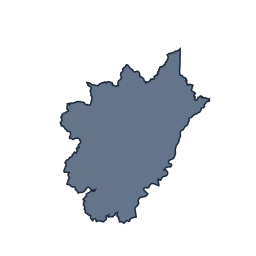 the district of Paranã, Tocantins, Brazil, rotated 219°
{"feature_id": "56859067B79716917554970", "entity_name": "Paranã", "entity_type": "district", "adm_level": 2, "iso_a3": "BRA", "parent_name": "Brazil", "parent_adm1": "Tocantins", "projection": "natural_earth1", "projection_center": [-47.802, -12.753], "detail": "fine", "context": "isolated", "style": "filled", "palette": "slate", "viewbox_px": 256, "rotation_deg": 219, "n_neighbors": 0, "source": "geoboundaries", "source_scale": "gbopen_adm2", "svg_char_len": 5780}
<svg xmlns="http://www.w3.org/2000/svg" viewBox="0 0 256 256"><g transform="rotate(219 128 128)"><path d="M181.1,87.8L180.2,88.3L178.0,88.4L176.5,87.7L174.9,87.9L173.1,87.2L171.1,88.5L169.1,87.7L167.9,85.6L167.8,84.2L166.8,83.2L165.4,84.3L163.5,84.4L162.3,87.1L160.3,88.8L158.1,88.8L157.6,88.0L156.5,87.9L155.6,86.8L155.9,84.0L155.6,83.1L153.7,82.2L154.0,81.6L154.8,81.8L155.2,80.9L155.0,79.4L154.0,78.9L153.2,78.9L152.8,78.0L153.2,77.9L152.5,75.9L152.9,75.6L154.4,75.7L154.5,75.2L154.2,74.8L154.4,74.0L154.2,72.7L154.5,72.2L153.8,71.4L153.6,70.4L154.4,69.1L154.3,68.1L154.7,68.0L154.5,67.2L154.7,65.4L155.5,64.6L155.1,61.3L153.6,61.2L152.9,60.3L152.3,59.2L152.3,58.6L151.5,56.7L151.3,55.2L150.2,53.7L149.8,53.5L147.4,55.4L145.6,56.4L145.4,54.0L142.5,52.4L141.4,49.1L140.6,47.9L140.6,46.7L140.1,45.9L139.3,46.1L137.8,47.1L136.1,46.8L133.8,47.3L132.8,48.5L132.0,48.7L131.3,48.4L130.4,47.2L128.0,47.0L125.9,46.1L125.6,46.3L125.2,47.3L123.1,49.0L122.3,50.7L122.0,54.6L122.3,55.6L121.6,56.9L120.2,57.4L118.5,56.9L117.2,57.0L115.0,58.5L114.6,59.7L114.4,59.0L114.7,57.2L116.5,56.4L117.3,55.6L117.5,53.7L118.8,50.7L118.3,49.7L117.5,49.2L118.0,46.7L117.8,45.6L118.2,44.4L117.5,44.0L116.3,44.4L115.9,44.2L115.5,43.9L115.8,43.1L115.5,41.9L115.1,41.7L114.2,40.1L113.4,40.3L111.9,39.1L111.5,39.1L111.1,38.5L111.2,38.0L111.0,37.4L109.7,37.4L109.0,36.2L107.7,35.3L106.5,35.4L106.3,35.8L104.8,35.8L104.4,35.5L104.0,35.8L103.2,35.7L102.1,36.5L100.2,34.3L98.8,34.2L97.2,33.6L97.0,34.1L97.4,34.3L97.3,35.4L96.7,36.8L95.1,36.7L94.3,35.5L93.4,35.6L92.7,37.1L91.9,38.0L91.2,38.4L90.5,38.3L89.7,39.1L88.5,39.3L87.9,39.9L87.9,41.8L87.3,43.1L87.5,43.8L88.3,44.3L89.6,45.8L88.3,48.2L88.2,46.8L87.9,46.4L87.1,46.4L86.6,47.4L85.4,48.4L84.2,49.1L83.8,49.8L84.0,50.8L83.4,52.3L83.4,52.8L83.9,53.5L83.9,54.5L83.0,55.8L82.7,55.0L81.7,53.7L81.4,52.7L79.0,52.7L78.4,51.6L76.3,50.7L75.7,49.7L73.6,51.2L72.2,51.6L71.5,51.2L71.0,52.3L71.1,53.5L70.3,55.7L69.9,56.0L69.1,55.7L68.4,56.0L68.3,57.0L69.0,58.1L68.2,60.9L65.6,64.0L72.0,69.8L72.2,70.7L71.9,73.6L72.2,75.8L72.7,76.7L74.3,77.8L75.0,79.7L74.9,81.0L74.4,82.1L71.4,86.0L71.0,87.5L71.2,89.3L76.6,89.7L77.4,90.4L77.5,91.5L77.1,92.6L75.0,93.8L74.4,94.6L75.1,97.5L75.0,99.0L74.5,100.0L72.5,101.2L67.8,102.5L68.3,103.4L72.2,106.6L72.4,107.1L71.8,107.6L70.5,107.4L70.0,107.7L69.8,108.5L70.3,110.5L70.3,112.1L68.2,114.9L68.0,115.7L68.6,117.8L69.5,118.6L71.3,119.1L72.8,119.1L73.4,118.1L73.7,118.6L73.7,120.1L73.2,121.8L72.1,123.3L70.7,124.2L70.4,125.1L70.5,126.3L71.1,127.1L71.7,127.2L73.1,126.3L73.6,126.4L75.3,127.1L75.6,127.5L75.5,129.0L73.7,132.6L73.8,134.7L75.0,138.0L77.5,140.7L79.3,144.3L79.8,148.9L81.5,152.5L82.0,154.4L82.4,155.2L84.2,156.7L85.1,158.8L84.9,159.9L84.1,161.3L84.5,165.2L83.9,167.0L83.8,168.4L84.8,170.2L85.0,171.8L86.4,173.7L86.5,174.2L85.3,176.4L85.2,178.6L84.7,180.5L83.4,182.3L83.3,183.8L82.3,185.3L82.6,188.1L83.6,189.6L82.1,191.4L81.9,192.9L82.8,193.1L83.2,193.8L83.5,197.7L82.0,199.6L81.7,200.4L82.6,201.0L82.9,200.8L83.2,201.6L83.5,200.7L84.0,201.1L84.7,201.0L87.3,199.9L87.4,199.4L89.0,198.7L89.9,199.2L90.3,199.0L90.3,198.5L90.7,198.9L91.6,198.8L91.6,198.4L92.0,198.0L91.8,197.7L92.1,197.5L92.2,195.9L92.7,195.9L92.2,192.7L92.4,192.3L93.3,192.2L93.8,191.8L94.5,192.3L94.8,192.9L94.6,193.4L95.3,194.4L97.1,194.2L97.6,195.6L97.2,195.8L97.3,196.8L97.7,196.6L98.2,197.5L101.1,197.0L102.4,197.2L103.1,198.2L103.3,199.5L104.0,200.1L104.2,201.8L104.6,202.1L107.3,201.0L108.1,199.1L108.9,199.6L109.4,199.2L110.2,200.0L111.3,200.2L111.8,200.7L112.0,201.9L112.4,202.0L112.9,201.3L113.7,202.8L114.2,202.9L115.6,202.9L116.6,202.2L117.7,202.3L118.4,202.8L120.9,201.9L123.2,203.9L126.9,209.2L137.3,222.4L137.6,220.1L138.5,218.3L139.7,217.3L140.0,215.5L141.3,213.9L141.9,212.3L142.3,212.4L143.1,211.5L143.2,210.1L143.6,209.4L142.0,208.9L140.5,207.1L140.6,206.1L140.1,204.6L140.1,203.5L139.8,203.3L140.1,202.4L139.2,200.7L139.7,200.4L139.8,197.3L140.5,197.0L141.6,195.5L140.8,193.8L140.9,192.7L139.7,191.6L140.1,190.9L140.0,189.7L138.7,189.4L138.8,188.9L138.5,188.4L139.2,187.9L138.8,187.4L139.3,186.9L138.8,186.5L139.4,186.1L139.8,185.3L139.9,184.1L138.6,183.2L138.4,182.8L139.3,181.7L139.9,181.6L140.3,180.6L141.1,180.5L141.1,179.9L140.7,179.4L140.8,178.5L140.5,178.3L141.0,177.5L140.9,176.6L142.1,175.7L142.2,174.4L143.1,175.3L144.2,174.5L144.6,174.6L147.0,176.1L149.7,176.1L150.2,175.5L151.2,175.5L151.6,175.6L151.6,176.1L152.2,176.7L152.6,176.8L153.7,177.9L154.8,178.3L156.6,178.0L157.7,176.1L158.6,175.4L160.1,175.6L161.3,176.2L162.3,175.6L162.6,175.9L163.5,175.8L167.8,176.8L169.0,176.3L169.0,175.0L168.6,173.5L169.0,172.9L169.3,170.6L169.1,170.1L168.1,169.9L167.8,167.9L168.2,166.3L166.9,164.2L164.9,163.4L164.5,160.4L165.0,159.0L164.8,157.8L163.6,155.8L162.2,155.0L162.8,154.6L164.3,152.1L166.4,152.2L166.7,151.7L167.3,151.8L168.4,153.1L170.4,152.6L171.1,152.0L171.3,152.2L173.0,151.2L173.3,150.6L173.3,149.1L174.7,149.3L175.4,148.9L175.8,147.3L176.5,147.0L177.1,145.5L177.8,144.5L178.0,143.5L177.8,142.5L178.2,141.6L181.7,140.0L182.7,139.0L185.9,138.9L188.6,137.5L187.0,136.6L186.6,136.8L186.0,136.1L184.4,136.0L183.2,136.4L181.8,136.2L181.0,134.3L180.8,133.0L178.7,131.8L177.3,129.9L176.1,129.7L174.6,128.4L174.0,126.6L173.2,125.9L172.9,124.4L172.0,123.1L172.1,121.7L173.7,120.6L174.1,120.8L174.9,119.9L175.2,120.0L176.6,119.5L178.1,120.2L178.6,120.1L183.5,117.2L184.6,116.0L185.1,114.6L186.2,113.5L186.4,112.5L187.3,111.7L188.1,111.6L188.4,111.2L188.7,110.8L188.1,109.5L188.8,109.7L189.9,109.4L190.4,108.4L189.5,108.0L189.3,107.0L187.4,104.3L186.6,104.6L185.0,103.7L186.2,101.2L186.4,99.7L187.2,99.2L187.4,98.7L187.3,97.7L187.7,96.8L186.6,95.7L187.1,95.0L186.7,93.8L185.6,93.7L184.0,92.3L184.2,91.4L183.8,90.3L184.0,89.7L183.7,89.3L182.9,89.3L182.3,88.3L181.4,88.3L181.1,87.8Z" fill="#64748b" stroke="#1e293b" stroke-width="1.5"/></g></svg>